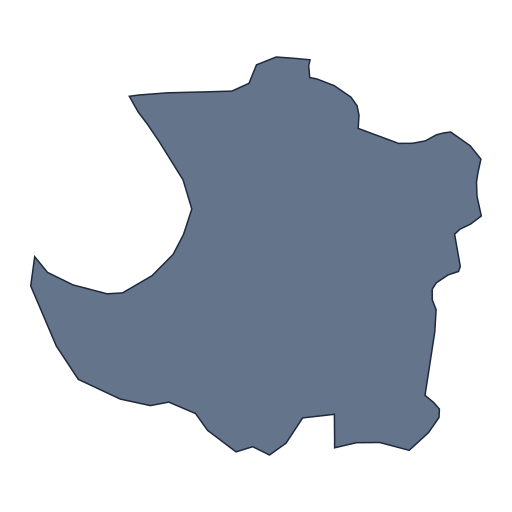 outline of Aparan, Aragatsotn, Armenia
{"feature_id": "60910142B24398064358577", "entity_name": "Aparan", "entity_type": "district", "adm_level": 2, "iso_a3": "ARM", "parent_name": "Armenia", "parent_adm1": "Aragatsotn", "projection": "equal_earth", "projection_center": [44.404, 40.525], "detail": "fine", "context": "isolated", "style": "filled", "palette": "slate", "viewbox_px": 512, "rotation_deg": 0, "n_neighbors": 0, "source": "geoboundaries", "source_scale": "gbopen_adm2", "svg_char_len": 1104}
<svg xmlns="http://www.w3.org/2000/svg" viewBox="0 0 512 512"><path d="M310.1,59.8L292.7,58.2L276.2,57.0L256.5,64.8L249.0,83.3L231.8,91.1L204.5,91.9L167.5,92.8L138.9,95.0L129.3,96.3L138.1,111.9L148.1,125.2L159.5,142.1L183.1,180.0L191.8,209.0L183.5,234.5L173.1,254.4L152.0,275.7L122.5,292.9L107.0,293.8L73.0,284.9L47.5,272.4L34.7,256.7L33.1,268.4L30.7,285.9L56.3,346.0L78.3,379.4L120.3,399.1L150.4,405.6L168.8,402.1L195.6,413.6L207.5,430.3L236.0,451.9L252.7,446.7L269.5,455.0L286.1,443.1L302.7,417.9L334.4,414.3L334.6,439.5L334.6,447.8L356.3,442.7L379.7,442.5L409.2,450.3L428.5,432.6L439.0,417.5L439.4,409.1L433.9,402.7L425.0,395.3L428.6,372.1L434.8,331.8L436.1,309.6L432.3,299.9L432.2,289.2L436.4,282.7L448.3,274.8L458.5,271.5L459.6,268.4L460.3,266.6L454.6,234.2L460.1,229.1L470.7,224.0L481.3,216.0L477.0,196.2L476.5,182.3L477.8,173.5L480.9,159.1L470.2,145.8L450.7,132.0L443.8,132.9L436.4,134.8L425.3,140.9L412.4,143.3L398.5,143.4L358.2,128.4L359.0,115.2L357.1,105.9L351.0,97.2L334.3,85.7L316.7,78.9L309.7,77.5L309.5,74.8L308.7,65.5L310.1,59.8Z" fill="#64748b" stroke="#1e293b" stroke-width="1.5"/></svg>